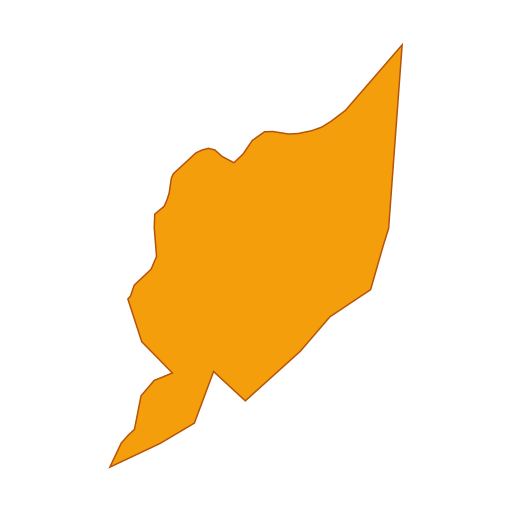 an SVG outline of Ntoroko, rotated 3°
{"feature_id": "UGA-5610", "entity_name": "Ntoroko", "entity_type": "District", "adm_level": 1, "iso_a3": "UGA", "parent_name": "Uganda", "parent_adm1": "", "projection": "mercator", "projection_center": [30.315, 1.025], "detail": "fine", "context": "isolated", "style": "filled", "palette": "amber", "viewbox_px": 512, "rotation_deg": 3, "n_neighbors": 0, "source": "natural_earth", "source_scale": "10m", "svg_char_len": 756}
<svg xmlns="http://www.w3.org/2000/svg" viewBox="0 0 512 512"><g transform="rotate(3 256 256)"><path d="M282.2,132.5L291.6,131.5L305.0,128.0L314.8,123.9L323.7,117.7L337.8,105.8L390.9,37.5L388.3,160.1L387.0,221.5L382.5,239.1L372.2,283.6L333.0,312.8L305.3,348.7L252.9,401.2L219.7,373.6L203.2,426.1L170.0,448.2L121.1,474.5L131.2,449.9L137.9,441.5L143.7,435.5L148.5,401.7L160.8,385.6L178.6,377.2L146.4,347.6L130.3,305.7L130.5,305.3L132.7,302.7L136.0,291.4L151.9,274.7L156.7,261.7L152.9,233.1L152.7,219.5L161.7,211.1L164.1,204.9L166.0,197.6L167.4,182.6L169.3,178.0L190.8,156.0L196.8,152.9L202.8,151.0L209.3,152.2L216.9,158.4L229.1,164.0L237.7,154.9L246.3,140.7L258.0,131.5L266.3,130.8L282.2,132.5Z" fill="#f59e0b" stroke="#b45309" stroke-width="1.5"/></g></svg>